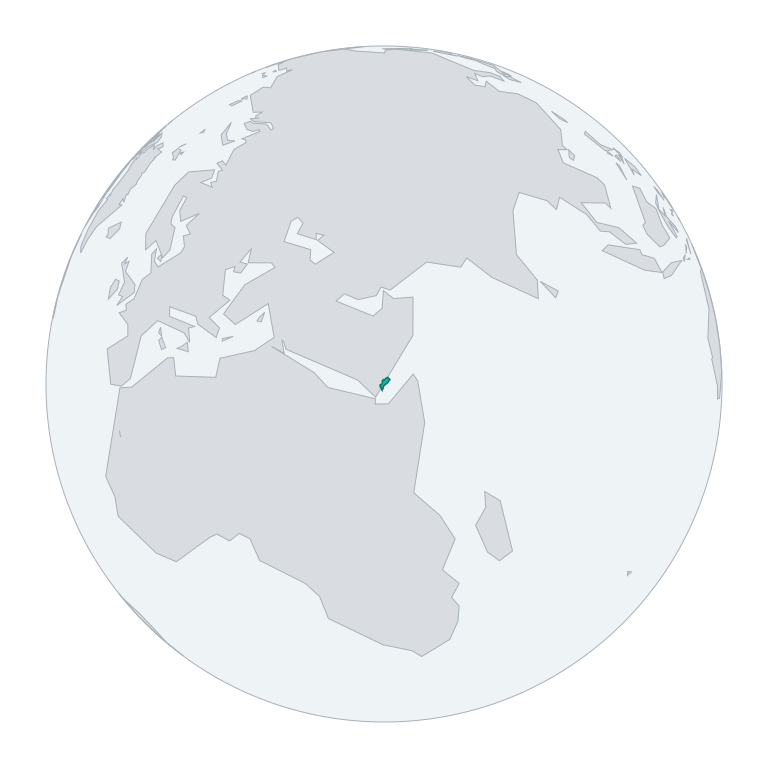 globe centered on Abyan, rotated 324°
{"feature_id": "YEM-3511", "entity_name": "Abyan", "entity_type": "Governorate", "adm_level": 1, "iso_a3": "YEM", "parent_name": "Yemen", "parent_adm1": "", "projection": "orthographic", "projection_center": [46.013, 13.619], "detail": "fine", "context": "on_globe", "style": "filled", "palette": "teal", "viewbox_px": 768, "rotation_deg": 324, "n_neighbors": 0, "source": "natural_earth", "source_scale": "10m", "svg_char_len": 10171}
<svg xmlns="http://www.w3.org/2000/svg" viewBox="0 0 768 768"><g transform="rotate(324 384 384)"><circle cx="384" cy="384" r="338" fill="#eef3f6" stroke="#a8b0b8"/><path d="M296.0,57.7L286.1,60.6L284.2,61.2L296.0,57.7ZM238.4,79.0L236.5,80.0L234.7,80.9L238.4,79.0ZM221.8,87.6L227.4,84.8L205.7,97.2L186.2,111.1L180.9,114.8L176.3,117.5L177.4,116.6L199.0,101.2L221.8,87.6ZM46.3,397.5L47.3,406.0L51.5,427.3L54.2,447.5L56.2,465.4L62.0,486.6L54.1,457.4L48.9,427.6L46.3,397.5ZM461.5,55.1L460.7,54.9L459.3,54.6L461.5,55.1ZM328.9,50.6L327.6,50.8L326.6,51.0L328.9,50.6ZM322.8,51.7L323.0,51.6L325.3,51.3L319.4,52.5L317.7,52.6L322.8,51.7ZM299.6,57.7L303.0,56.5L308.1,55.4L299.6,57.7ZM326.5,51.2L328.5,50.8L330.9,50.4L331.1,50.5L326.5,51.2ZM359.4,47.0L358.8,47.1L348.3,48.0L352.4,47.6L352.1,47.7L343.9,48.5L348.6,47.9L359.4,47.0ZM338.6,49.7L324.8,51.9L317.5,53.9L312.8,54.8L325.4,51.4L338.6,49.7ZM342.4,48.8L338.9,49.5L334.8,49.9L334.5,49.8L342.4,48.8ZM368.3,46.4L361.9,47.0L365.9,46.6L368.3,46.4ZM337.3,50.1L340.6,49.7L337.2,50.2L337.3,50.1ZM355.3,47.7L356.5,47.4L358.9,47.2L355.3,47.7ZM346.3,49.2L341.8,49.8L341.5,49.5L346.3,49.2ZM351.1,48.4L354.1,48.3L344.1,49.1L351.2,48.3L351.1,48.4ZM357.4,47.6L359.2,47.4L356.5,47.7L357.4,47.6ZM349.9,50.4L337.4,51.4L336.8,50.7L349.0,49.6L349.9,50.4ZM566.1,99.4L558.1,94.4L529.5,79.0L566.1,99.4ZM525.6,77.2L535.7,82.1L530.8,79.8L535.1,82.1L545.7,87.8L547.8,88.8L556.8,98.0L579.1,116.6L581.3,114.5L590.0,119.8L617.3,144.4L640.9,183.0L652.9,194.6L658.5,203.1L659.0,209.4L650.8,197.0L644.7,193.6L640.0,186.3L638.1,193.8L631.3,183.7L633.1,195.4L640.4,202.9L644.7,199.2L649.2,215.0L662.9,228.0L672.5,246.0L676.5,282.1L668.6,295.8L669.8,302.0L662.5,296.6L659.1,310.6L677.7,342.5L679.4,352.7L670.8,375.2L669.5,367.7L650.2,353.3L651.1,378.3L665.9,395.6L671.2,418.5L661.8,413.3L655.9,393.4L649.0,387.6L647.6,366.1L635.8,336.1L626.0,344.3L623.7,331.6L605.9,308.4L590.1,319.6L567.2,357.2L569.1,390.0L559.0,405.7L534.1,361.4L525.0,330.7L514.7,334.6L490.2,310.4L444.1,311.6L438.7,303.8L429.8,308.0L412.7,300.5L404.9,287.7L394.0,288.8L415.1,322.6L426.9,321.7L438.4,308.1L441.9,320.4L458.5,330.8L435.9,361.7L369.4,389.7L365.0,365.3L325.2,298.4L327.5,291.1L327.4,290.2L327.1,288.7L321.3,300.5L315.1,287.6L334.2,333.8L336.5,353.7L368.5,391.2L365.0,395.0L375.9,402.7L413.4,393.1L413.1,401.3L394.2,439.2L344.1,489.5L352.0,523.1L350.5,551.1L322.1,568.6L327.5,589.6L313.3,596.3L314.3,607.8L304.5,619.3L287.1,629.3L254.3,626.6L249.9,616.3L229.9,594.4L201.2,541.1L207.0,518.2L203.1,499.1L179.7,453.7L184.6,430.5L178.9,419.6L166.9,420.3L160.6,407.2L153.5,405.7L111.5,405.7L100.3,387.0L91.2,334.7L100.0,317.2L104.6,295.1L168.1,231.9L178.1,238.2L224.2,235.6L229.3,239.0L220.2,255.1L251.8,279.7L266.4,266.7L298.7,280.8L322.6,281.7L337.6,250.9L298.6,248.5L295.4,233.0L329.7,221.9L364.3,225.6L364.2,219.9L345.4,206.1L356.5,196.4L339.2,200.7L343.9,206.7L333.2,210.0L328.3,204.8L332.4,201.3L322.9,198.2L305.7,217.4L308.6,225.6L281.6,227.5L283.9,241.8L275.5,247.8L268.5,226.1L271.6,218.6L256.0,195.5L250.3,203.2L264.6,226.1L258.8,223.9L251.2,236.2L252.3,225.1L238.2,199.7L215.9,202.3L182.1,230.4L170.2,231.4L162.8,223.5L180.6,192.9L205.1,194.5L211.8,185.2L211.6,170.7L219.0,172.9L222.0,167.7L231.7,168.2L250.0,157.3L260.6,157.2L272.4,142.5L279.4,140.9L270.4,149.8L269.9,156.5L296.7,158.4L303.3,155.6L308.7,146.3L315.4,148.7L317.3,139.5L334.9,137.5L315.0,132.9L320.9,123.5L333.9,117.4L332.3,113.9L311.0,124.2L305.7,129.2L306.9,134.6L289.4,149.8L279.2,151.7L283.9,134.0L270.0,135.3L279.8,122.3L331.4,100.2L350.6,97.6L372.8,111.1L365.8,116.1L354.2,113.3L360.7,123.8L362.2,119.1L367.7,121.5L374.8,114.6L379.1,116.1L378.5,107.3L384.5,108.4L384.8,114.0L400.3,106.1L414.1,107.5L415.6,105.1L413.2,102.2L432.2,106.7L432.5,104.9L426.3,102.6L422.8,97.6L424.0,91.1L430.5,93.0L430.9,95.6L441.7,104.6L441.9,112.1L444.7,112.4L446.1,106.3L433.0,95.2L431.8,90.8L439.2,95.4L436.4,93.3L437.9,91.8L445.4,92.4L437.9,87.3L445.3,72.0L460.7,72.8L466.4,77.7L478.4,72.5L494.8,76.0L489.1,73.6L491.0,70.9L485.9,69.6L483.3,68.4L486.0,63.5L491.6,64.7L486.3,62.0L483.4,61.1L478.9,59.9L474.3,58.4L500.4,66.7L525.6,77.2ZM142.5,265.9L139.8,272.3L142.5,265.9ZM398.9,246.7L421.0,248.2L414.7,228.8L422.7,228.2L417.6,222.2L414.1,227.5L402.2,211.5L413.1,206.3L412.3,198.4L404.8,197.6L386.8,210.0L403.7,232.3L397.1,240.1L398.9,246.7ZM163.4,129.0L155.0,136.5L160.4,131.4L157.6,133.5L165.6,126.1L178.7,116.3L171.4,121.7L163.4,129.0ZM228.5,141.5L230.3,145.1L224.2,150.5L210.9,153.3L219.4,145.1L228.5,141.5ZM234.1,149.1L242.6,132.2L251.2,130.7L244.9,134.2L249.8,134.9L241.0,140.9L241.0,157.1L235.7,163.2L213.9,163.4L224.0,159.5L221.6,155.9L234.1,149.1ZM248.8,100.8L252.6,95.9L266.5,98.6L261.4,103.0L247.7,105.3L245.7,101.6L248.8,100.8ZM273.2,64.9L273.7,64.6L276.3,63.8L277.9,63.3L273.2,64.9ZM263.1,68.4L262.4,68.7L269.5,66.3L274.0,64.8L290.0,59.6L301.0,56.4L307.3,54.9L312.7,53.7L315.6,53.3L313.8,53.8L308.4,54.8L309.8,54.9L300.6,56.9L300.8,57.2L273.5,66.0L272.7,65.9L257.6,72.4L249.7,74.9L259.8,70.3L242.4,77.8L248.3,74.7L236.8,80.1L259.7,69.8L263.1,68.4ZM344.7,62.2L339.2,60.9L340.5,65.7L331.3,65.9L332.0,66.5L323.9,68.3L315.3,71.7L311.7,71.5L309.9,73.0L304.5,74.6L300.8,76.8L293.0,77.4L287.9,80.3L287.1,79.0L280.4,84.1L281.9,80.7L275.0,83.1L277.2,85.1L244.0,87.7L229.0,93.0L215.5,99.7L219.9,94.3L235.2,85.1L255.0,75.9L268.9,72.3L268.3,71.0L274.8,69.1L272.5,70.9L279.9,67.1L284.6,66.2L302.2,61.0L309.9,57.3L316.6,55.8L315.9,56.8L323.0,54.6L326.2,55.8L331.0,54.9L339.0,55.7L335.0,58.9L340.7,57.8L347.0,59.0L344.7,62.2ZM351.9,50.6L349.1,53.3L342.7,55.2L331.4,53.3L326.6,53.9L319.2,53.8L328.6,51.4L329.9,51.6L333.3,51.2L329.0,52.1L335.0,51.2L336.9,51.6L342.1,51.1L339.8,52.0L351.9,50.6ZM237.5,233.5L241.9,234.6L249.3,234.6L244.7,242.9L237.5,233.5ZM227.4,216.2L231.7,215.6L228.8,226.2L224.2,225.4L227.4,216.2ZM236.6,206.7L232.2,214.7L231.9,209.9L236.6,206.7ZM274.7,149.0L279.6,148.3L279.1,150.5L275.3,153.7L274.7,149.0ZM346.7,80.1L344.6,78.2L346.7,77.5L348.7,72.5L355.7,72.5L357.2,75.5L346.7,80.1ZM329.6,255.8L321.3,261.5L318.3,258.4L321.7,257.0L329.6,255.8ZM279.8,252.1L290.0,256.9L278.4,254.3L279.8,252.1ZM354.7,79.3L354.7,77.1L358.2,78.5L354.7,79.3ZM360.9,72.4L365.4,73.5L356.8,72.0L360.9,72.4ZM471.0,678.9L473.8,681.4L468.3,682.1L471.0,678.9ZM409.4,546.8L389.8,594.6L373.5,594.8L368.9,581.0L375.1,552.1L393.7,543.7L402.3,530.2L409.4,546.8ZM702.6,461.5L705.1,461.5L704.8,463.0L702.6,461.5ZM700.2,457.8L703.6,456.6L699.0,461.5L700.2,457.8ZM704.9,456.1L708.3,451.4L709.8,448.1L709.2,451.4L704.9,456.1ZM697.5,459.1L680.4,465.1L672.6,463.4L675.2,457.3L687.7,454.7L697.5,459.1ZM674.5,457.3L661.8,445.2L638.9,404.3L647.2,403.3L670.0,425.8L668.7,430.9L676.5,441.2L674.5,457.3ZM702.5,419.0L701.0,434.0L692.3,436.2L687.9,435.4L684.9,417.8L686.6,407.8L690.5,406.8L701.4,369.9L706.0,376.0L703.6,390.9L707.1,402.1L702.5,419.0ZM570.8,392.9L579.6,411.2L573.6,415.2L570.8,392.9ZM702.8,345.8L700.4,361.6L701.6,341.4L702.8,345.8ZM701.7,327.5L703.4,334.4L700.4,328.4L701.7,327.5ZM672.5,311.5L668.6,314.4L667.1,309.6L671.1,303.1L672.5,311.5ZM679.8,261.7L685.1,275.6L686.3,280.6L681.9,272.7L679.8,261.7ZM414.3,82.6L403.7,88.8L400.7,94.8L406.3,99.7L393.9,96.1L398.5,86.8L414.3,82.6ZM440.8,72.8L435.8,69.5L440.9,69.9L442.7,70.7L440.8,72.8ZM435.7,71.5L424.2,69.6L423.3,67.2L432.6,69.1L435.7,71.5ZM389.2,72.7L385.6,74.4L382.9,73.0L389.2,72.7ZM664.4,572.6L647.1,592.8L645.0,592.2L652.3,582.3L664.0,556.1L665.3,556.0L672.9,537.4L691.1,514.2L706.2,478.6L708.4,477.4L714.9,452.4L715.0,452.1L708.7,477.6L700.4,502.6L690.3,526.8L678.2,550.2L664.4,572.6ZM708.6,459.4L713.1,445.9L714.5,443.8L708.6,459.4ZM720.8,412.0L720.6,411.7L720.7,405.7L721.4,399.9L720.3,397.0L721.7,391.3L721.4,402.5L720.8,412.0ZM719.5,424.3L719.3,425.9L719.8,421.8L719.8,421.5L719.5,424.3ZM717.3,414.4L716.9,418.3L716.3,416.0L717.3,414.4ZM718.3,411.2L719.8,413.3L718.0,414.7L718.3,411.2ZM709.1,404.3L710.2,412.8L713.7,405.0L711.0,414.8L712.4,428.4L711.2,434.6L710.0,419.7L708.0,436.9L706.3,437.5L706.3,423.6L708.5,405.3L710.1,397.3L715.9,390.7L709.1,404.3ZM718.7,400.1L718.1,390.1L718.3,382.7L719.1,387.7L718.7,400.1ZM714.6,366.7L711.0,356.2L709.2,362.1L711.3,342.8L714.7,355.9L714.6,366.7ZM709.2,341.7L707.7,347.1L708.3,336.2L709.2,341.7ZM706.4,343.4L704.7,335.3L706.7,335.4L706.4,343.4ZM710.3,341.4L708.0,327.3L710.4,334.9L710.3,341.4ZM699.8,317.6L706.7,328.8L700.3,325.8L693.1,299.7L695.3,297.9L699.8,317.6ZM668.0,210.1L663.5,203.6L663.6,201.2L666.6,206.3L668.0,210.1ZM659.6,190.2L662.1,198.6L663.4,206.7L666.2,209.1L672.3,221.0L664.6,211.4L658.9,197.4L659.0,193.5L652.8,184.2L649.0,177.1L640.1,166.4L636.5,161.3L644.6,170.2L659.6,190.2ZM636.2,162.0L619.4,143.8L622.3,145.1L626.7,149.3L633.2,156.9L631.2,155.7L636.2,162.0ZM616.2,140.0L614.1,139.0L585.0,116.0L579.6,111.7L603.3,128.4L602.6,128.5L609.2,134.4L616.2,140.0ZM464.4,55.8L461.1,55.0L463.8,55.6L464.4,55.8ZM480.5,67.8L477.4,66.2L480.7,66.5L480.5,67.8ZM470.7,62.3L469.1,62.9L468.1,61.4L470.7,62.3ZM466.0,64.9L467.2,62.8L470.0,66.0L466.0,64.9Z" fill="#d9dde1" stroke="#a8b0b8" stroke-width="1"/><path d="M391.5,383.9L390.6,384.2L389.2,384.5L388.7,384.8L387.9,385.1L387.7,385.1L387.4,385.0L387.0,385.2L386.9,385.2L385.7,385.2L385.3,385.1L385.2,385.1L384.6,385.3L383.6,385.3L383.3,385.4L383.2,385.4L382.9,385.4L382.8,385.5L382.0,385.6L381.8,385.7L381.3,386.3L381.1,386.4L381.0,386.5L380.9,386.7L380.7,387.1L380.3,387.3L379.3,387.6L379.1,387.7L378.9,387.9L378.8,388.0L378.9,386.7L379.3,385.6L379.6,385.4L379.6,385.2L379.4,385.0L379.4,384.9L379.4,384.6L379.6,384.4L379.9,384.0L379.9,383.9L379.5,383.8L379.4,383.8L379.4,383.7L379.7,383.6L379.8,383.5L379.8,383.4L379.8,383.2L380.1,383.0L380.2,382.9L380.3,382.8L380.2,382.7L380.3,382.5L380.3,382.4L380.5,382.4L381.4,382.5L381.6,382.5L381.8,382.8L382.0,382.8L382.4,382.7L382.7,382.5L383.6,381.8L383.8,381.6L383.9,381.3L384.1,381.1L384.2,380.6L384.7,380.6L385.0,380.5L385.2,380.4L385.3,380.3L385.8,380.1L386.0,380.0L386.3,380.1L386.4,380.3L386.6,380.7L386.6,380.9L386.7,381.0L387.4,380.9L387.9,380.7L388.4,380.5L388.9,380.5L389.3,380.5L389.6,380.7L390.0,380.8L390.8,380.8L391.0,380.9L391.1,381.2L391.1,381.4L391.1,381.6L391.1,381.8L390.9,382.0L391.2,382.7L391.4,383.2L391.4,383.4L391.5,383.6L391.5,383.9L391.5,383.9Z" fill="#14b8a6" stroke="#0f766e" stroke-width="1.5"/></g></svg>